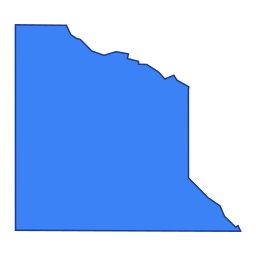 the district of Van Zandt, Texas, United States of America
{"feature_id": "52423323B97041282112733", "entity_name": "Van Zandt", "entity_type": "district", "adm_level": 2, "iso_a3": "USA", "parent_name": "United States of America", "parent_adm1": "Texas", "projection": "robinson", "projection_center": [-95.727, 32.597], "detail": "fine", "context": "isolated", "style": "filled", "palette": "blue", "viewbox_px": 256, "rotation_deg": 0, "n_neighbors": 0, "source": "geoboundaries", "source_scale": "gbopen_adm2", "svg_char_len": 441}
<svg xmlns="http://www.w3.org/2000/svg" viewBox="0 0 256 256"><path d="M15.5,230.3L240.6,231.2L238.0,225.7L235.7,227.1L224.6,216.5L219.9,205.8L208.3,198.0L188.5,178.0L188.4,89.5L188.8,86.8L177.0,80.2L173.8,75.2L164.9,79.1L158.6,72.1L146.8,64.5L138.6,64.2L138.5,61.4L127.4,58.5L128.4,53.9L116.1,51.7L104.0,55.3L91.7,51.0L80.5,39.6L76.3,38.3L70.7,34.6L66.4,25.3L15.4,24.8L15.5,230.3Z" fill="#3b82f6" stroke="#1e3a8a" stroke-width="1.5"/></svg>